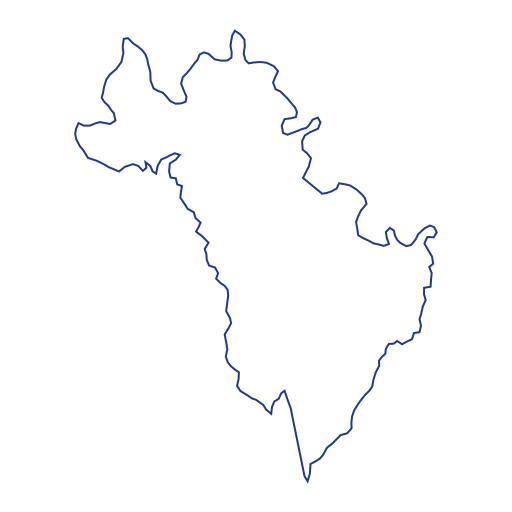 Palmeira, Santa Catarina, Brazil
{"feature_id": "56859067B29922311879883", "entity_name": "Palmeira", "entity_type": "district", "adm_level": 2, "iso_a3": "BRA", "parent_name": "Brazil", "parent_adm1": "Santa Catarina", "projection": "natural_earth1", "projection_center": [-50.169, -27.574], "detail": "fine", "context": "isolated", "style": "outline", "palette": "blue", "viewbox_px": 512, "rotation_deg": 0, "n_neighbors": 0, "source": "geoboundaries", "source_scale": "gbopen_adm2", "svg_char_len": 3448}
<svg xmlns="http://www.w3.org/2000/svg" viewBox="0 0 512 512"><path d="M225.8,356.5L227.8,362.3L230.9,366.2L234.6,369.3L238.9,372.3L238.6,378.9L237.1,385.9L240.4,391.0L247.3,395.2L252.1,398.5L256.1,399.8L259.6,402.4L263.2,404.9L266.3,409.7L271.2,413.8L272.0,407.0L274.3,401.5L278.7,398.8L281.1,393.4L284.6,390.8L287.5,399.5L290.6,407.9L304.5,476.1L307.6,481.3L309.9,473.6L310.5,464.0L316.0,461.1L319.9,458.6L323.1,454.8L327.1,447.6L331.9,443.9L335.9,439.9L340.6,435.1L347.2,433.3L351.6,428.2L351.4,422.2L352.1,416.4L354.3,410.0L358.4,403.6L362.0,398.7L365.6,394.4L369.3,390.8L372.2,386.7L373.5,379.5L375.7,372.5L379.2,365.7L379.0,360.8L381.7,357.0L385.3,353.8L385.9,348.8L388.8,343.9L393.7,343.7L397.1,341.0L402.1,344.2L407.1,341.5L412.0,339.2L414.0,333.0L419.5,332.2L421.0,325.6L419.5,319.1L421.1,314.3L422.8,306.5L425.7,300.1L424.0,294.2L424.1,287.8L430.6,286.7L431.0,279.7L431.7,273.1L429.2,267.0L433.2,263.7L432.0,256.5L427.9,249.6L424.4,243.5L427.3,237.0L433.7,237.3L436.8,232.3L434.1,227.1L429.9,225.6L424.7,228.2L421.0,231.6L417.9,234.6L415.8,239.2L411.0,245.1L406.2,246.1L400.4,243.0L397.3,240.0L395.0,235.7L393.9,230.6L389.9,227.9L385.9,231.9L386.8,237.9L389.0,244.0L383.7,245.9L378.9,244.5L373.6,243.4L368.5,240.6L362.5,237.8L358.2,235.2L357.2,228.5L356.1,222.0L357.9,216.9L360.9,210.6L366.5,203.9L365.1,198.5L362.4,194.9L356.9,189.8L350.1,185.5L345.7,184.4L339.1,183.3L336.6,188.6L331.2,191.5L326.6,193.0L322.2,193.7L303.0,178.0L305.8,172.4L308.8,166.5L311.0,158.2L307.2,153.4L302.7,149.7L302.1,141.3L304.8,135.5L310.3,132.1L318.0,128.7L320.5,122.4L317.8,117.6L312.6,119.7L309.9,124.0L306.3,128.0L302.1,129.0L298.3,130.7L293.0,132.6L287.5,134.7L283.1,133.0L281.7,125.6L284.6,119.1L290.8,118.3L295.9,117.1L297.0,112.2L295.2,107.7L291.1,102.9L287.5,98.5L283.8,94.8L280.2,91.3L275.6,89.3L273.1,82.5L275.6,76.1L278.0,71.3L274.2,66.5L270.2,64.4L266.4,62.7L260.3,62.0L253.7,62.5L248.6,63.3L245.5,60.1L243.7,53.7L244.8,46.2L244.4,39.6L240.4,34.5L234.9,30.7L232.2,35.5L231.3,40.3L230.5,45.9L231.7,52.3L231.4,57.7L227.1,60.6L220.7,60.6L214.6,59.3L208.3,53.7L203.9,52.4L199.6,54.5L197.5,59.8L194.1,63.8L190.6,68.6L186.8,73.2L182.8,77.2L181.1,83.6L184.0,91.1L186.5,96.8L185.6,101.8L180.9,103.4L175.6,103.7L170.3,101.2L166.1,96.1L162.9,92.7L158.5,91.1L153.7,88.6L150.6,80.7L150.3,71.9L148.1,64.0L147.2,59.0L145.2,53.9L142.0,50.0L138.2,46.8L132.9,43.2L128.0,38.2L123.8,38.9L122.7,46.4L123.4,53.1L121.5,61.7L116.5,68.8L109.8,74.6L106.3,79.6L104.1,86.8L103.2,92.0L101.7,97.8L104.4,102.1L108.1,105.5L111.0,109.8L113.9,113.3L115.4,120.5L110.1,124.0L105.2,123.1L99.9,122.1L95.3,123.4L90.0,125.6L83.8,125.6L78.5,123.1L76.1,128.7L75.2,133.8L76.1,138.9L79.8,146.1L83.1,150.0L85.6,153.9L88.0,157.9L92.0,159.2L96.8,160.8L104.0,164.3L109.0,167.3L114.1,169.4L119.0,171.5L124.8,166.9L132.9,164.1L138.2,165.9L142.9,170.8L146.4,167.8L145.5,162.2L150.2,165.9L152.6,171.3L156.1,173.7L157.7,165.6L161.4,159.4L165.7,157.7L169.7,155.5L174.7,153.3L179.8,154.8L175.9,159.6L169.8,163.5L169.1,171.5L170.5,177.5L175.8,178.3L177.2,184.4L182.0,186.0L180.9,192.2L180.3,197.7L183.5,202.4L187.8,208.9L193.7,212.2L195.7,218.4L200.6,222.6L198.6,227.1L196.0,231.6L201.9,236.0L208.5,242.7L204.7,249.0L206.4,254.1L206.7,259.7L209.1,265.6L215.0,267.5L218.1,273.2L216.1,278.7L220.5,283.0L224.7,285.9L227.6,289.7L228.2,295.6L227.4,301.7L226.2,311.1L230.0,318.1L231.1,323.1L228.7,327.9L224.7,334.5L226.3,342.9L227.3,349.5L225.8,356.5Z" fill="none" stroke="#1e3a8a" stroke-width="2"/></svg>